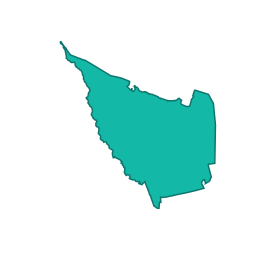 outline of Sascut, Bacau, Romania, rotated 23°
{"feature_id": "2599482B20264955777633", "entity_name": "Sascut", "entity_type": "district", "adm_level": 2, "iso_a3": "ROU", "parent_name": "Romania", "parent_adm1": "Bacau", "projection": "orthographic", "projection_center": [27.041, 46.192], "detail": "fine", "context": "isolated", "style": "filled", "palette": "teal", "viewbox_px": 256, "rotation_deg": 23, "n_neighbors": 0, "source": "geoboundaries", "source_scale": "gbopen_adm2", "svg_char_len": 5647}
<svg xmlns="http://www.w3.org/2000/svg" viewBox="0 0 256 256"><g transform="rotate(23 128 128)"><path d="M187.9,189.8L187.0,187.1L186.0,184.1L186.3,183.9L187.3,183.6L185.0,178.9L187.4,178.2L190.7,176.3L192.5,174.9L195.4,173.0L196.0,172.5L196.1,172.2L196.3,172.2L196.8,171.9L199.1,170.2L205.7,165.7L206.0,165.3L207.0,164.8L214.5,159.3L221.5,153.8L220.6,153.1L219.5,151.9L218.0,150.9L217.6,150.4L217.2,149.5L217.0,148.9L217.1,148.1L217.4,147.2L217.9,146.2L218.6,145.7L220.2,147.5L220.6,148.1L220.9,149.0L223.0,146.2L223.9,144.6L223.7,141.8L223.7,140.9L223.9,140.6L219.9,135.6L219.1,134.4L217.8,132.9L216.6,131.3L216.2,130.0L221.7,126.6L207.3,91.0L197.0,72.0L188.9,65.6L177.5,66.7L174.4,67.0L174.5,67.0L174.5,67.5L174.8,69.8L175.1,73.0L175.5,73.2L175.9,73.2L175.7,75.8L175.2,76.8L175.4,77.0L175.5,78.1L175.9,80.0L175.9,81.3L176.2,83.9L173.9,85.3L168.9,85.4L167.6,85.3L166.6,83.9L166.4,82.8L166.5,81.5L165.2,81.3L163.7,80.7L162.8,81.1L162.7,81.3L162.3,82.9L161.8,83.3L161.1,84.1L160.5,84.3L160.7,84.5L154.6,87.1L154.4,87.3L154.4,87.1L152.4,87.4L151.3,87.6L149.7,87.6L146.1,87.9L146.1,88.2L144.7,88.1L144.0,87.9L143.8,87.6L143.3,87.8L143.1,87.7L142.6,87.5L137.1,87.6L135.9,87.9L134.1,88.2L134.0,88.5L133.7,88.2L132.8,88.1L131.4,87.9L131.3,88.1L130.9,88.1L130.3,87.8L130.0,87.8L129.7,88.0L129.4,88.0L129.3,88.3L128.9,88.3L128.3,88.8L127.7,89.0L127.4,89.3L127.1,89.5L126.9,89.4L126.5,89.3L125.2,89.4L124.8,89.4L124.5,89.5L124.1,89.2L123.9,89.2L123.1,88.9L122.5,88.2L121.7,87.6L120.8,87.2L120.6,87.0L120.4,87.0L120.2,87.2L119.1,87.1L118.1,86.7L117.7,86.4L117.6,86.5L117.8,86.7L117.5,87.5L118.2,87.9L118.3,88.1L119.1,88.7L119.3,89.5L119.4,89.8L119.1,91.0L118.4,92.4L116.3,91.6L116.5,90.9L116.5,90.4L116.1,90.4L116.0,90.9L115.9,91.2L115.8,91.3L115.8,92.0L114.9,92.0L114.5,91.7L113.6,91.2L112.5,91.0L111.8,90.6L111.3,90.5L110.8,90.2L111.3,89.7L111.5,89.3L111.5,88.8L112.1,87.9L111.8,86.4L111.3,84.5L103.2,84.6L100.0,85.0L91.6,86.6L90.0,86.4L68.6,83.3L64.0,82.7L62.3,82.4L60.5,82.7L58.6,82.8L57.8,82.9L57.3,82.8L55.5,82.9L54.5,83.2L54.2,83.2L53.7,83.0L53.0,83.1L51.6,83.0L51.1,83.1L47.0,83.2L45.7,82.8L41.7,80.4L40.9,79.8L40.6,79.6L40.2,79.2L39.5,78.7L38.7,78.5L38.2,78.4L38.1,78.2L36.3,77.2L34.9,76.3L34.2,75.9L33.3,75.2L32.5,74.8L32.1,74.3L32.4,76.0L33.1,76.5L33.7,76.7L34.4,76.7L35.2,77.0L35.5,77.0L35.9,77.3L36.4,77.9L37.1,79.2L39.6,80.8L39.8,81.0L40.4,82.1L41.2,82.9L41.5,83.6L42.4,84.7L42.8,85.4L43.2,86.0L43.8,87.4L43.9,87.9L44.0,88.0L44.8,88.1L45.2,88.3L45.5,88.4L46.0,88.9L46.3,89.0L47.5,89.1L48.0,89.0L48.4,89.1L48.7,89.2L49.3,89.7L49.7,89.8L50.9,89.7L52.2,88.8L52.8,88.5L53.4,88.5L53.9,89.0L54.2,89.4L54.5,90.3L55.2,91.1L55.7,91.3L55.9,91.5L56.2,92.0L57.4,92.1L58.6,92.6L59.7,92.8L60.7,93.2L62.3,93.4L63.0,94.0L64.1,94.8L64.4,95.1L64.9,96.2L65.2,96.6L65.8,97.1L66.6,97.6L67.0,98.0L67.9,100.4L68.9,101.0L69.9,102.4L70.2,102.6L70.9,102.6L71.9,103.2L72.9,104.4L73.3,104.7L73.9,105.3L75.0,105.7L76.1,106.3L76.8,106.4L77.2,106.9L77.4,107.5L77.7,107.9L78.6,108.6L78.3,109.6L78.0,110.7L78.1,111.9L78.1,112.1L78.4,112.4L78.8,114.7L78.6,115.3L78.0,115.9L77.8,116.3L77.8,116.6L77.9,116.9L78.3,117.2L79.4,117.4L79.6,117.7L80.0,117.8L80.5,118.1L81.1,118.9L81.4,119.9L81.3,120.5L81.5,120.7L82.4,121.3L83.3,121.5L83.7,122.1L84.6,122.9L85.4,123.1L86.4,123.2L87.1,123.8L87.7,124.9L88.4,125.9L88.9,126.8L88.9,127.8L88.9,128.4L88.8,128.7L88.9,129.4L88.9,129.7L89.6,130.6L90.0,130.8L90.5,131.2L91.0,131.4L91.4,131.8L91.7,132.4L92.1,132.4L92.4,132.6L92.6,132.8L93.2,133.0L93.9,133.0L94.4,133.4L94.6,133.5L96.0,133.3L96.3,133.7L96.8,134.0L96.9,134.5L96.9,134.8L96.5,136.0L97.6,138.4L98.0,138.7L98.3,138.8L98.9,139.1L99.1,139.1L99.4,138.8L99.8,138.7L100.3,138.8L100.7,139.0L101.8,140.5L101.9,141.0L102.3,142.0L102.5,143.7L102.9,144.6L103.5,144.9L103.8,145.2L104.5,145.4L105.7,145.8L106.2,146.7L106.6,148.3L106.8,148.8L107.0,149.0L107.6,149.2L108.4,149.5L109.1,149.5L109.7,149.3L110.7,150.3L111.3,150.6L112.2,149.6L112.5,149.5L112.9,149.4L113.4,149.6L114.6,150.8L114.9,150.9L115.6,150.9L116.3,151.4L117.1,151.7L117.9,152.5L118.1,153.3L118.5,153.7L119.9,154.1L121.6,154.3L122.2,154.2L122.5,154.2L122.9,154.6L123.2,155.2L123.3,155.7L123.3,156.6L123.4,157.3L123.6,157.5L124.3,158.9L124.8,159.6L125.9,160.8L126.0,161.1L126.9,160.7L127.0,160.6L127.0,159.7L127.8,160.0L128.7,160.0L129.8,160.3L131.0,160.2L131.7,160.3L132.4,160.2L133.0,160.3L134.0,161.0L134.1,160.9L135.4,161.6L135.6,161.3L135.8,161.4L135.7,162.1L135.3,162.9L135.4,163.1L135.8,163.1L136.1,163.3L136.6,163.2L136.7,163.3L137.1,163.3L137.5,163.7L137.6,164.3L138.0,164.5L138.4,164.4L138.7,164.5L138.9,165.1L139.2,165.3L139.3,165.5L139.5,165.6L139.5,165.8L140.2,166.1L140.7,166.0L140.7,166.4L140.9,166.7L141.0,166.8L141.2,167.2L141.3,167.8L141.5,168.0L141.6,168.7L141.6,169.0L141.7,169.5L142.0,169.9L142.0,170.2L142.3,170.6L142.8,170.9L142.8,171.2L142.9,171.3L143.5,171.2L143.7,171.4L143.9,171.5L144.1,171.7L144.3,172.1L145.0,172.4L146.1,170.9L146.5,170.9L146.8,171.0L147.2,170.8L147.9,171.0L148.1,171.4L148.1,171.6L148.9,171.9L149.1,172.5L149.1,173.0L149.0,173.6L149.0,173.9L149.4,173.9L149.5,174.0L149.9,174.0L150.2,174.1L150.7,173.9L151.8,174.0L152.1,174.0L152.4,174.0L152.5,173.8L152.7,173.7L154.2,173.2L155.0,173.4L155.8,174.0L157.8,173.6L158.9,173.5L159.5,172.8L159.7,173.2L160.1,173.4L160.5,173.4L160.4,173.8L160.1,174.0L159.7,174.0L159.7,174.9L163.0,174.7L163.2,173.9L163.7,172.4L164.4,171.2L164.6,170.8L165.3,171.8L167.0,173.4L168.5,175.1L169.3,175.6L170.3,177.0L172.4,178.9L172.8,179.5L174.0,181.0L174.3,181.2L175.4,181.7L175.7,182.2L176.7,183.5L180.5,187.5L182.2,189.5L182.7,189.7L184.8,190.0L185.6,190.3L186.2,190.4L186.6,190.3L187.9,189.8Z" fill="#14b8a6" stroke="#0f766e" stroke-width="1.5"/></g></svg>